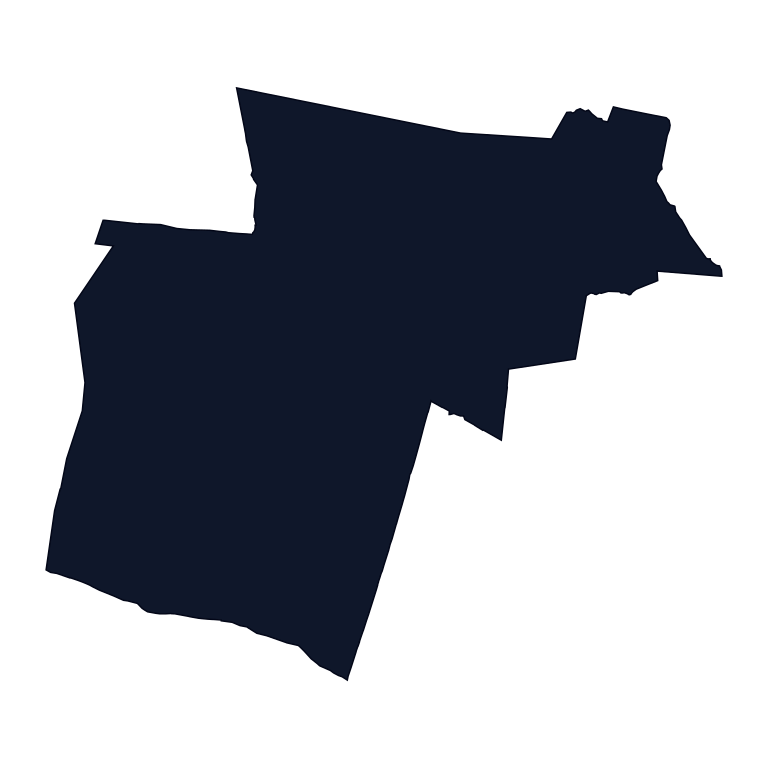 outline of Santo Domingo Ingenio, Oaxaca, Mexico
{"feature_id": "50627088B8466826145591", "entity_name": "Santo Domingo Ingenio", "entity_type": "district", "adm_level": 2, "iso_a3": "MEX", "parent_name": "Mexico", "parent_adm1": "Oaxaca", "projection": "albers", "projection_center": [-94.713, 16.571], "detail": "fine", "context": "isolated", "style": "filled", "palette": "ink", "viewbox_px": 768, "rotation_deg": 0, "n_neighbors": 0, "source": "geoboundaries", "source_scale": "gbopen_adm2", "svg_char_len": 3530}
<svg xmlns="http://www.w3.org/2000/svg" viewBox="0 0 768 768"><path d="M662.0,169.0L661.4,164.8L667.2,135.6L669.4,129.6L670.1,125.2L669.1,120.4L668.7,120.0L666.3,117.8L645.6,113.7L622.7,109.1L613.4,106.9L607.6,122.0L607.4,121.9L602.8,120.9L602.1,120.0L601.5,118.7L598.3,118.4L597.3,118.3L591.8,113.8L589.7,111.4L588.4,110.1L585.1,111.3L580.2,108.7L576.4,110.2L574.8,112.1L572.7,113.1L570.9,112.1L566.8,112.4L551.6,139.0L526.2,137.3L460.6,133.1L260.8,92.8L236.6,87.9L244.6,128.6L245.0,131.0L245.5,133.3L246.3,139.7L246.6,141.6L248.2,147.0L249.4,153.2L252.8,170.8L252.3,172.0L251.2,174.9L253.4,178.4L253.6,179.4L257.5,184.9L255.2,199.2L255.1,199.4L254.8,207.4L254.0,215.6L254.1,217.3L254.5,217.6L254.8,218.3L254.9,220.0L256.1,225.1L255.1,225.2L255.2,227.0L254.8,229.9L253.7,232.0L252.9,232.6L252.5,233.9L252.2,234.4L248.1,234.1L247.3,234.0L247.1,234.0L239.7,233.6L228.3,232.7L225.8,232.0L220.2,231.5L209.7,230.3L190.2,229.8L176.8,228.5L160.6,224.6L142.8,223.9L138.8,223.6L138.3,223.9L104.9,220.3L103.1,220.3L95.2,243.7L113.4,245.9L74.5,303.2L84.8,381.1L85.0,382.6L82.3,410.9L66.7,458.7L60.8,488.5L60.2,489.0L54.6,510.6L46.1,569.9L50.6,572.4L56.8,573.4L69.8,577.9L69.9,577.6L78.1,580.4L82.4,582.0L86.3,583.6L89.7,585.1L92.9,586.9L99.7,590.3L113.4,595.8L123.5,600.3L127.8,600.9L137.4,603.4L137.5,603.5L142.1,608.3L144.6,610.0L147.6,611.8L155.9,613.3L159.8,613.8L165.5,613.8L170.7,613.5L171.7,613.7L174.8,613.8L188.9,616.4L189.0,616.5L192.2,617.1L198.5,618.2L202.1,618.6L207.6,619.1L210.5,619.3L212.1,619.4L214.4,619.5L221.1,620.0L221.2,620.8L232.2,622.3L240.0,625.6L246.9,626.9L248.6,628.1L256.9,633.3L266.6,635.7L286.3,642.6L286.7,642.8L298.4,645.5L300.6,647.5L304.1,651.0L311.3,658.9L316.8,663.2L319.7,665.8L330.4,670.5L333.6,672.9L338.5,675.5L342.2,676.8L347.3,680.1L348.1,676.2L351.0,667.7L356.1,651.7L356.1,651.3L357.7,646.7L357.9,646.5L358.2,645.7L359.5,641.9L359.3,641.6L359.5,641.4L361.1,636.6L363.0,631.1L363.2,630.8L366.6,620.1L368.8,613.7L369.0,612.9L369.3,612.1L369.8,610.3L369.9,610.1L373.0,600.3L373.1,600.0L376.3,589.8L377.7,585.0L377.7,584.4L378.0,583.4L378.4,582.4L378.3,582.2L380.0,577.1L381.0,573.8L381.3,573.0L381.9,571.7L382.2,571.0L384.0,564.8L388.7,550.0L388.8,549.5L390.1,544.4L392.1,538.8L393.9,532.4L394.0,532.1L395.1,528.2L396.2,524.3L396.4,524.0L398.3,517.2L402.1,504.5L403.1,500.9L404.5,496.1L409.0,479.2L409.8,474.5L410.7,473.2L413.2,465.8L415.8,456.6L419.0,445.0L420.8,438.2L422.5,431.7L422.7,430.8L424.6,423.6L427.6,413.0L428.1,412.1L430.8,401.9L431.0,401.6L431.1,401.0L431.4,401.4L442.2,407.4L442.7,407.4L449.3,411.0L449.1,414.5L450.1,414.5L453.9,413.5L455.6,414.1L456.5,414.6L460.3,415.9L463.6,416.0L464.9,419.6L475.1,425.3L475.0,425.5L482.8,430.3L483.3,430.0L483.5,430.1L501.3,440.2L503.2,422.3L504.6,409.1L504.7,408.4L505.0,407.5L507.3,387.5L507.1,385.8L508.5,369.1L575.3,359.0L586.3,295.7L590.1,293.3L591.2,293.0L593.9,293.6L594.7,294.2L596.3,294.5L599.4,292.9L601.2,293.3L608.3,291.3L619.6,291.7L620.9,292.9L622.2,293.0L624.4,292.7L627.3,293.7L629.1,294.8L630.7,294.4L631.6,293.0L632.8,291.7L636.2,289.2L645.6,285.4L657.7,280.6L657.1,271.1L721.3,276.2L721.9,276.2L721.4,270.0L720.3,267.8L719.5,266.0L719.5,265.9L717.4,265.6L715.4,264.9L714.5,264.0L714.0,263.9L711.7,261.9L710.4,260.2L710.2,258.8L708.3,258.9L706.4,258.4L689.5,235.0L685.9,227.8L681.6,220.1L679.7,218.0L675.7,211.9L675.2,208.6L674.9,206.5L674.6,206.1L670.0,204.8L668.5,203.0L666.9,201.6L664.7,196.5L661.4,190.2L656.1,181.5L657.0,176.2L658.6,173.1L660.3,170.5L662.0,169.0Z" fill="#0f172a" stroke="#020617" stroke-width="1.5"/></svg>